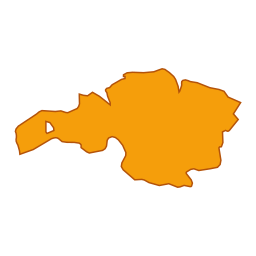 the Autonomous Community of Bizkaia
{"feature_id": "ESP-5851", "entity_name": "Bizkaia", "entity_type": "Autonomous Community", "adm_level": 1, "iso_a3": "ESP", "parent_name": "Spain", "parent_adm1": "", "projection": "natural_earth1", "projection_center": [-2.927, 43.237], "detail": "fine", "context": "isolated", "style": "filled", "palette": "amber", "viewbox_px": 256, "rotation_deg": 0, "n_neighbors": 0, "source": "natural_earth", "source_scale": "10m", "svg_char_len": 1765}
<svg xmlns="http://www.w3.org/2000/svg" viewBox="0 0 256 256"><path d="M79.3,94.1L83.4,95.3L87.6,95.8L92.5,92.3L99.4,96.3L110.2,104.9L110.2,102.8L107.6,96.2L106.9,92.8L105.6,90.8L105.6,89.7L106.7,88.4L109.6,87.6L112.1,84.8L121.5,79.4L125.0,78.5L125.0,76.5L123.5,76.5L123.5,74.8L127.1,72.8L132.5,72.3L143.6,72.7L153.8,71.8L158.4,70.1L162.1,68.8L164.9,69.4L169.4,72.6L173.7,76.5L175.6,79.5L178.1,86.3L179.0,92.1L179.8,91.0L181.5,86.0L181.7,84.7L181.6,83.1L181.8,81.5L182.9,80.4L185.4,79.9L188.0,80.6L190.4,81.6L197.2,82.7L209.8,87.7L219.1,89.5L224.0,91.3L228.1,97.1L240.6,102.6L233.4,113.9L238.2,119.5L229.3,130.5L228.1,131.2L227.4,131.2L225.5,130.4L222.5,131.9L222.9,142.5L221.4,146.7L220.7,146.9L220.1,146.8L219.6,146.9L219.0,147.7L219.0,148.5L220.9,160.3L220.1,164.5L217.5,167.3L210.4,168.7L198.8,170.5L193.9,168.8L190.7,169.4L186.5,172.0L186.1,172.8L186.4,173.7L191.2,179.9L192.4,183.1L191.6,186.0L190.9,186.6L190.0,186.6L184.1,185.4L180.0,186.9L177.6,187.2L168.8,183.7L159.3,185.5L149.0,182.6L144.3,180.0L141.8,179.4L134.7,179.8L123.2,169.8L121.3,166.5L121.9,162.9L125.7,155.7L125.9,152.6L122.7,145.3L118.4,139.8L115.4,137.5L112.1,136.6L108.6,138.0L107.2,140.3L106.5,146.1L105.1,148.7L102.6,150.4L89.3,153.0L86.6,151.8L81.1,147.6L81.1,144.9L80.3,143.9L79.1,143.1L74.3,142.4L66.9,142.3L62.1,141.6L58.4,138.5L57.1,137.9L55.6,137.7L53.7,138.0L51.5,138.7L33.3,149.5L19.9,154.3L19.5,150.8L17.9,145.1L16.9,143.2L16.2,141.3L16.1,139.3L16.4,137.4L16.4,135.3L16.1,133.3L15.4,131.4L16.1,128.9L18.4,126.1L36.6,114.0L39.1,111.9L41.9,110.6L55.3,111.5L60.9,110.9L65.8,112.5L67.8,112.7L77.2,108.5L78.6,106.5L79.5,103.9L79.3,95.9L79.3,94.1ZM47.0,133.4L53.9,130.5L53.6,127.7L49.9,122.6L45.9,121.4L45.9,131.9L47.0,133.4Z" fill="#f59e0b" stroke="#b45309" stroke-width="1.5"/></svg>